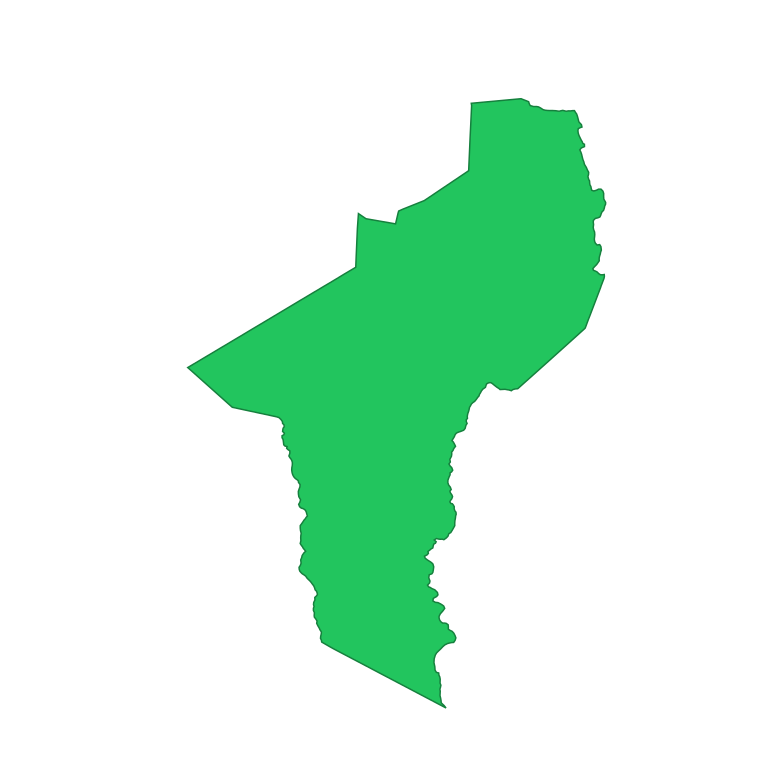 Itaguaçu da Bahia, Bahia, Brazil (Albers equal-area conic projection), rotated 191°
{"feature_id": "56859067B27596324942544", "entity_name": "Itaguaçu da Bahia", "entity_type": "district", "adm_level": 2, "iso_a3": "BRA", "parent_name": "Brazil", "parent_adm1": "Bahia", "projection": "albers", "projection_center": [-42.3, -10.736], "detail": "fine", "context": "isolated", "style": "filled", "palette": "green", "viewbox_px": 768, "rotation_deg": 191, "n_neighbors": 0, "source": "geoboundaries", "source_scale": "gbopen_adm2", "svg_char_len": 5894}
<svg xmlns="http://www.w3.org/2000/svg" viewBox="0 0 768 768"><g transform="rotate(191 384 384)"><path d="M441.6,546.4L439.8,531.6L435.6,503.6L434.0,493.2L444.0,484.3L451.8,477.2L461.0,469.0L470.3,460.7L481.6,450.6L511.8,423.5L526.8,410.1L529.0,408.1L579.8,362.7L528.5,332.2L483.1,331.3L480.7,331.0L478.4,329.5L476.6,327.8L476.0,325.9L474.4,324.9L473.8,322.9L474.6,321.4L474.6,319.8L474.5,318.1L472.4,316.7L472.7,315.0L474.2,313.8L473.8,311.8L472.5,310.3L471.7,308.0L470.8,305.2L469.4,304.2L467.2,304.1L467.3,302.3L465.8,301.3L463.7,300.4L463.2,298.2L463.6,295.2L462.4,293.8L461.0,292.6L460.0,291.4L459.1,289.8L458.7,288.1L458.5,286.4L458.5,284.4L458.2,282.0L457.4,279.7L456.7,278.2L455.7,276.7L454.5,275.4L453.0,274.3L451.2,273.5L449.8,272.8L449.1,271.0L447.2,269.3L446.9,266.9L447.3,264.7L447.6,262.2L447.0,259.6L446.1,257.1L445.0,255.8L443.8,254.4L444.1,251.7L444.8,249.6L443.4,247.4L441.6,246.4L439.4,246.2L437.4,245.3L436.1,243.9L435.0,241.7L434.0,239.7L434.9,238.4L435.6,236.6L436.5,235.2L437.5,232.7L438.4,230.7L439.2,229.0L438.7,226.5L438.0,224.2L436.8,221.6L436.7,219.1L436.4,217.0L435.7,214.3L435.8,211.4L434.3,209.8L433.0,208.7L431.9,207.3L430.4,206.1L429.0,204.9L430.4,202.9L431.6,200.1L431.7,197.8L432.2,195.4L431.7,193.9L431.2,192.3L431.5,190.0L432.4,187.9L431.9,186.0L431.0,184.3L429.4,183.0L428.0,182.1L426.4,181.5L424.1,180.4L422.8,179.0L421.0,177.7L419.5,176.8L417.7,175.4L415.9,173.7L414.5,172.5L413.2,170.6L412.3,168.8L411.0,168.0L409.8,166.3L409.2,164.5L410.0,162.9L411.2,161.3L410.6,158.8L411.3,156.2L411.1,154.0L410.2,152.3L410.5,150.4L410.1,148.3L408.7,146.3L408.4,143.6L407.9,141.9L406.2,140.4L404.5,138.6L404.4,136.2L402.5,133.7L401.2,132.3L400.0,130.6L398.1,128.6L397.9,126.5L398.0,124.4L397.8,122.2L396.6,120.6L395.9,118.8L387.2,115.8L382.6,114.3L267.3,79.6L261.3,77.8L263.6,79.8L265.4,80.9L267.0,82.0L267.6,84.1L268.5,86.5L269.6,88.9L269.9,91.1L270.2,93.2L270.9,95.1L270.7,97.1L270.7,99.2L271.9,101.1L272.5,104.9L273.4,107.2L274.5,108.6L275.2,110.8L277.5,110.9L279.3,112.9L280.2,116.3L281.8,120.0L282.3,123.8L281.9,127.8L281.0,130.2L279.5,132.4L277.7,134.9L276.2,137.3L274.5,139.5L272.2,141.3L270.8,142.0L268.5,143.0L266.3,143.6L265.3,145.9L265.0,148.5L266.2,150.5L267.9,152.7L269.9,154.2L272.6,154.9L274.1,155.7L274.5,158.0L275.1,159.9L277.2,160.9L278.9,160.9L280.7,160.5L282.4,161.2L284.2,162.7L285.3,164.8L285.6,166.5L284.9,169.1L283.0,172.3L281.6,175.3L283.0,177.4L284.6,178.2L286.4,178.9L289.3,179.7L292.1,179.5L294.6,180.4L294.7,182.9L293.3,184.2L291.8,185.4L290.8,187.3L291.8,189.6L294.9,191.7L297.8,192.3L299.8,193.1L301.5,193.4L302.9,194.9L301.3,197.4L301.3,199.4L302.3,201.0L303.1,202.3L303.2,205.4L300.8,206.8L300.1,208.4L300.1,210.8L300.3,214.0L301.6,216.6L303.2,217.7L305.5,218.7L307.7,219.5L310.4,220.9L311.4,222.7L309.1,224.5L308.1,226.2L308.9,228.0L307.6,229.4L306.3,231.1L304.8,232.4L304.8,234.6L304.6,236.3L303.1,237.6L302.7,239.1L304.9,240.5L303.1,242.3L300.9,242.2L299.3,242.3L297.2,242.8L295.5,242.6L293.6,244.6L292.2,246.7L291.8,249.4L290.1,250.9L289.0,253.8L288.2,256.2L287.5,258.4L288.0,260.9L288.3,263.3L288.3,265.9L288.5,268.2L288.3,269.9L288.9,271.9L290.4,273.2L291.4,275.2L291.6,276.9L292.8,278.4L294.1,279.5L295.6,279.5L296.9,280.9L296.4,282.6L295.6,284.1L295.2,286.5L296.2,288.1L298.0,289.8L298.9,291.4L297.9,293.2L299.2,295.4L301.2,297.1L302.5,299.3L302.9,301.7L302.6,303.8L302.3,305.5L301.8,307.4L302.2,309.4L300.9,310.6L300.1,312.5L301.6,314.9L303.4,316.1L305.0,317.9L304.0,320.1L305.0,322.6L304.0,325.9L304.1,328.1L304.6,330.1L303.6,331.9L303.2,333.9L301.9,336.5L303.4,338.5L304.9,340.3L306.5,341.4L305.7,343.5L304.9,345.7L304.5,347.9L303.5,349.7L301.5,351.1L299.8,352.0L298.4,352.9L297.0,353.8L295.9,355.8L295.7,359.1L294.9,361.1L296.1,362.9L296.4,364.7L295.5,366.1L296.1,368.2L296.1,370.9L295.7,373.5L295.6,375.4L295.6,377.4L294.9,379.2L294.4,381.0L293.2,382.7L291.7,384.2L290.5,386.4L289.5,388.7L288.5,390.3L288.3,392.1L287.6,393.8L287.1,395.6L286.0,397.8L283.8,400.1L283.6,402.1L283.3,403.7L281.3,405.3L279.1,405.7L277.4,404.9L275.2,403.7L272.4,402.3L270.3,401.5L269.0,400.7L267.0,401.2L264.2,401.9L261.9,401.9L260.1,402.0L257.7,401.7L256.6,403.0L254.5,404.1L251.8,404.9L229.7,434.0L198.4,475.5L197.2,477.2L196.9,478.8L195.7,486.2L195.3,488.3L194.9,490.5L189.8,519.9L189.6,521.6L188.2,529.6L188.2,531.8L188.7,533.5L190.6,532.8L192.5,532.6L194.2,533.3L196.3,534.7L198.5,535.3L200.1,535.6L201.0,537.1L199.8,539.2L198.0,541.9L197.0,544.2L196.2,546.0L196.7,547.9L196.8,550.0L196.5,553.0L196.5,554.8L196.2,556.9L196.7,558.5L197.3,560.3L198.9,562.0L201.3,561.1L203.4,562.6L204.4,564.1L205.2,566.3L205.4,569.1L205.6,570.8L206.3,573.4L207.6,575.4L208.5,577.6L208.7,580.5L209.4,582.6L209.7,584.5L208.1,586.9L205.8,587.9L204.0,589.1L203.5,590.8L203.3,592.5L202.9,594.4L201.6,596.4L201.3,598.8L201.3,600.7L200.8,602.8L201.1,604.6L202.2,605.9L203.5,607.4L204.2,610.1L204.7,612.9L205.9,615.1L208.2,616.7L210.6,616.2L212.5,614.7L214.9,613.5L217.1,613.8L218.0,615.8L218.6,617.3L219.9,618.9L220.5,620.7L221.0,622.6L222.1,623.9L223.4,626.5L223.2,628.8L223.5,630.9L225.1,632.8L226.7,635.2L227.9,636.5L229.1,637.8L230.3,640.3L231.6,642.3L233.0,645.3L233.8,647.1L235.0,649.2L236.5,651.2L235.3,653.4L232.5,655.3L233.0,657.6L234.7,658.1L235.7,659.7L236.9,661.0L238.7,663.4L240.1,665.3L241.2,667.3L242.0,669.7L242.0,671.8L240.1,673.2L238.7,674.0L239.7,676.3L241.3,677.4L242.8,678.6L243.9,681.0L245.1,683.5L246.4,685.8L247.9,687.2L249.2,688.7L251.1,688.3L253.2,687.6L255.1,687.3L257.2,686.5L260.7,686.7L262.4,686.0L264.1,685.2L265.7,685.1L267.7,685.0L270.6,684.6L273.7,684.0L275.8,683.7L278.1,683.5L280.2,683.7L282.9,684.8L285.2,685.5L287.1,685.5L290.1,684.9L293.6,685.2L295.0,687.0L295.9,688.7L299.0,689.3L301.3,689.7L303.9,690.2L351.9,676.2L351.1,674.0L346.4,641.7L341.6,609.6L342.7,608.4L344.1,607.0L379.5,571.7L398.9,559.2L402.6,556.6L402.8,554.5L403.2,543.4L433.2,542.8L441.6,546.4Z" fill="#22c55e" stroke="#15803d" stroke-width="1.5"/></g></svg>